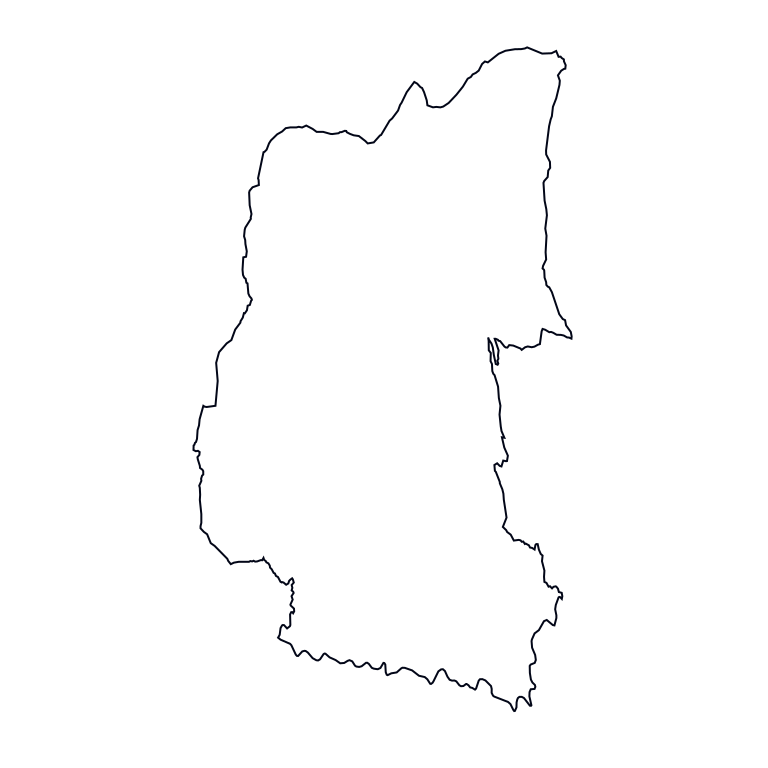 Gjerdrum nor, Akershus, Norway, rotated 88°
{"feature_id": "86288312B13989294808730", "entity_name": "Gjerdrum nor", "entity_type": "district", "adm_level": 2, "iso_a3": "NOR", "parent_name": "Norway", "parent_adm1": "Akershus", "projection": "equal_earth", "projection_center": [11.024, 60.079], "detail": "fine", "context": "isolated", "style": "outline", "palette": "ink", "viewbox_px": 768, "rotation_deg": 88, "n_neighbors": 0, "source": "geoboundaries", "source_scale": "gbopen_adm2", "svg_char_len": 6128}
<svg xmlns="http://www.w3.org/2000/svg" viewBox="0 0 768 768"><g transform="rotate(88 384 384)"><path d="M605.0,213.8L602.3,213.2L598.9,213.7L598.0,216.5L594.6,217.3L592.5,218.9L592.2,219.5L592.6,221.7L594.1,223.2L591.9,225.2L592.3,226.6L588.4,228.6L587.4,230.6L582.3,230.8L576.1,230.2L566.6,232.3L561.0,231.5L559.3,233.3L554.9,235.0L549.4,236.0L549.3,237.4L550.2,238.3L554.7,239.3L553.0,241.7L552.5,243.8L550.3,244.8L548.4,248.0L548.8,248.8L546.3,250.3L546.5,251.8L545.0,253.0L544.5,254.8L545.0,259.7L539.0,262.6L536.2,266.1L534.3,267.0L531.0,270.2L521.8,266.2L503.8,268.3L497.8,268.5L493.4,269.4L487.3,271.7L485.9,271.7L475.7,275.3L474.7,276.2L468.8,276.5L467.2,273.7L469.9,271.2L470.5,269.5L464.7,267.5L465.4,264.8L465.3,263.8L460.0,262.7L451.7,266.0L441.4,268.0L441.9,265.6L435.1,268.2L430.5,268.8L418.6,269.6L409.8,268.4L402.0,269.7L390.6,270.1L379.0,273.2L377.6,274.4L374.9,275.3L367.8,275.4L364.9,276.7L356.7,276.2L354.0,278.1L344.5,277.9L341.1,278.3L343.6,277.5L347.3,275.2L351.2,274.0L358.9,273.2L367.9,271.6L368.7,269.8L367.6,269.1L364.7,269.9L362.8,268.8L359.5,269.1L354.4,268.3L342.7,271.8L342.7,270.9L343.8,268.6L344.7,268.1L345.2,266.4L350.8,262.3L351.7,261.1L351.9,259.4L349.5,257.5L350.1,253.5L353.3,246.4L354.7,245.2L352.2,241.7L351.5,239.0L352.4,235.1L351.9,232.3L350.1,228.8L349.6,226.8L336.8,224.6L334.5,223.6L335.4,221.0L338.0,217.0L337.8,215.2L338.7,213.1L340.8,209.8L341.1,205.5L341.8,202.7L343.9,199.3L344.0,197.6L345.2,195.1L342.9,194.8L338.5,195.5L331.8,200.0L326.5,200.8L325.3,203.1L320.4,206.4L298.1,213.0L293.1,215.5L292.5,216.8L290.7,218.3L287.9,218.4L283.3,219.8L276.3,219.9L275.3,220.2L274.1,221.5L271.5,220.9L265.2,217.6L258.0,217.9L241.5,216.4L234.3,217.4L221.1,215.3L214.9,215.7L206.4,217.1L188.5,217.6L186.7,216.8L182.9,213.2L176.4,212.4L173.8,210.4L167.8,210.4L160.3,213.9L156.3,213.9L132.1,210.0L125.4,208.2L122.3,206.9L112.9,205.5L104.5,201.9L91.2,198.2L87.0,197.7L81.6,199.4L77.1,196.0L75.4,193.2L75.2,191.8L71.7,191.3L67.8,192.9L65.9,192.9L64.5,194.9L63.0,196.1L63.1,198.1L57.2,200.3L59.3,205.1L59.3,214.4L52.6,229.2L53.6,231.5L54.1,235.2L54.0,241.5L55.2,251.0L58.0,257.9L66.2,269.0L65.2,271.9L67.6,274.8L74.1,278.4L76.3,281.4L77.7,284.6L80.2,286.5L81.8,289.7L89.6,294.8L97.4,301.5L105.4,309.6L108.8,315.1L109.5,318.0L108.9,322.0L109.2,325.4L107.0,330.9L102.0,331.4L93.7,333.8L89.5,335.6L88.6,337.2L85.0,340.3L83.2,343.2L93.1,351.1L103.5,356.6L105.7,358.2L111.2,360.4L118.9,366.6L121.0,369.2L135.0,378.2L135.5,379.4L142.2,385.8L143.0,391.9L140.5,394.2L135.3,400.5L134.4,405.6L132.8,409.4L131.1,412.4L129.8,412.9L129.6,414.4L130.8,417.6L130.8,419.3L131.8,420.6L132.4,427.0L132.2,428.7L129.9,436.0L129.7,442.5L126.6,446.4L123.0,452.7L124.8,456.9L124.0,460.2L124.5,462.7L124.3,468.8L124.9,473.3L128.1,477.0L130.7,482.0L136.6,488.5L139.5,490.5L145.7,493.1L147.9,495.4L148.1,496.3L174.1,502.7L175.7,502.2L180.8,502.1L182.8,508.5L186.1,511.5L187.9,512.1L200.7,512.0L209.5,510.5L212.9,511.4L214.3,511.3L222.8,517.1L224.9,517.8L231.5,518.7L235.2,517.7L239.3,517.6L246.6,516.5L252.0,517.4L252.5,520.2L264.8,521.4L270.1,521.1L272.8,520.0L274.0,518.6L278.0,518.0L278.7,516.9L288.9,516.4L291.6,515.3L293.9,513.5L295.3,513.1L296.2,513.9L300.3,515.3L301.0,517.5L305.5,518.4L308.5,520.6L308.3,521.5L312.7,522.8L316.3,525.2L317.7,525.4L324.4,530.8L334.8,535.0L337.9,539.8L346.4,547.7L357.0,551.0L375.2,550.1L399.9,553.2L400.8,562.0L400.4,564.0L399.5,565.3L412.8,569.5L418.9,570.3L423.5,571.9L432.3,572.8L435.4,573.9L436.3,575.0L438.1,575.6L438.8,576.4L443.3,576.7L444.6,574.4L444.3,572.3L445.6,570.6L448.4,571.0L450.6,573.0L452.8,572.7L459.4,570.9L461.5,570.8L463.3,568.5L464.8,567.7L468.2,567.8L469.2,569.0L472.4,570.1L474.4,569.9L479.2,572.2L481.3,571.7L488.4,571.6L493.4,572.1L507.6,571.1L516.4,571.4L519.6,572.3L521.8,572.4L525.5,569.2L528.0,566.0L537.0,562.7L539.9,558.9L553.2,546.7L555.3,545.9L558.7,543.4L557.3,540.2L556.6,535.2L557.0,525.2L556.3,523.8L556.7,521.9L556.1,520.5L557.0,519.0L556.9,517.0L555.7,513.2L555.9,511.9L553.6,510.5L555.6,509.9L556.9,508.3L558.1,507.8L559.2,505.8L561.5,504.5L563.5,504.3L565.2,502.7L568.9,500.9L569.6,499.6L572.0,498.7L573.2,496.7L578.0,494.4L578.7,493.2L578.4,492.8L578.9,491.3L581.2,488.8L580.0,486.6L577.5,485.7L576.4,484.6L575.0,482.6L576.1,481.9L579.3,481.1L581.7,483.3L584.5,482.7L587.1,483.5L588.4,482.0L589.7,481.6L592.8,483.8L596.3,482.8L601.1,485.2L602.1,485.0L605.3,481.8L608.1,481.7L609.9,482.8L608.8,483.5L608.8,484.7L611.0,485.9L621.6,486.0L622.8,486.5L624.9,489.4L621.5,492.3L621.3,493.5L621.7,494.3L624.3,495.9L631.0,497.0L633.8,498.7L635.9,496.3L640.4,486.9L641.8,485.7L651.4,481.6L652.7,480.5L652.8,479.3L648.4,475.0L647.9,472.8L648.1,471.6L649.7,469.5L655.5,464.9L657.7,461.3L658.0,459.5L656.9,457.5L651.8,453.8L651.3,452.8L651.5,451.9L655.3,447.9L658.2,442.0L661.6,437.5L661.4,433.5L659.4,430.0L658.8,428.1L660.1,425.4L664.5,422.8L665.4,421.5L665.9,418.7L665.3,416.2L662.0,411.7L662.0,410.5L663.2,408.9L667.2,406.1L668.1,404.2L668.6,401.6L668.8,400.1L667.7,397.5L662.7,394.3L662.9,393.4L664.4,392.5L672.2,392.3L674.7,391.4L675.1,390.5L673.4,386.8L672.7,381.4L668.8,376.7L668.2,375.5L668.4,373.1L671.2,365.9L676.8,359.2L678.3,353.5L680.6,351.0L685.2,348.3L685.4,347.5L684.3,345.9L682.8,344.9L673.1,339.7L671.2,336.9L671.1,335.1L673.0,333.1L678.7,330.8L681.9,328.7L682.8,326.4L682.8,323.9L683.7,322.1L687.7,319.2L688.7,317.6L688.6,315.2L686.7,312.5L686.7,311.9L688.0,310.1L690.2,308.5L690.8,306.4L692.6,303.7L691.6,302.6L683.8,299.7L682.4,298.4L682.4,296.0L683.8,293.0L689.6,287.6L692.5,287.0L696.4,287.2L699.3,285.9L700.2,284.8L706.1,271.1L708.3,268.8L714.1,266.2L715.4,265.3L715.3,264.6L711.8,262.9L706.8,262.6L703.9,261.8L702.5,261.1L701.4,259.6L701.5,257.2L702.7,255.1L710.6,249.4L710.7,248.3L710.2,247.9L701.3,249.6L697.0,249.3L694.2,248.0L694.0,244.2L691.9,243.3L690.0,243.7L687.5,246.1L684.5,247.5L677.9,248.3L670.8,248.2L669.5,247.2L668.0,243.1L665.1,241.9L660.1,242.4L652.7,245.2L646.1,245.5L644.5,245.1L638.5,242.2L635.4,237.8L626.6,232.4L625.5,229.6L630.8,223.7L631.2,222.1L623.9,219.9L621.2,219.8L615.1,220.8L610.8,220.0L603.4,217.0L602.9,216.3L603.2,215.3L605.0,213.8Z" fill="none" stroke="#020617" stroke-width="2"/></g></svg>